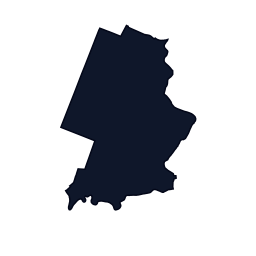 outline of Ograda, Ialomita, Romania, rotated 20°
{"feature_id": "2599482B18669147098615", "entity_name": "Ograda", "entity_type": "district", "adm_level": 2, "iso_a3": "ROU", "parent_name": "Romania", "parent_adm1": "Ialomita", "projection": "mercator", "projection_center": [27.562, 44.65], "detail": "fine", "context": "isolated", "style": "filled", "palette": "ink", "viewbox_px": 256, "rotation_deg": 20, "n_neighbors": 0, "source": "geoboundaries", "source_scale": "gbopen_adm2", "svg_char_len": 5019}
<svg xmlns="http://www.w3.org/2000/svg" viewBox="0 0 256 256"><g transform="rotate(20 128 128)"><path d="M165.2,184.5L168.8,182.4L170.1,181.6L170.9,181.0L171.3,180.5L171.7,179.7L172.2,178.6L172.7,177.7L173.1,177.2L173.6,176.8L174.2,176.6L174.9,176.4L176.0,176.3L177.5,176.4L179.4,176.4L181.2,176.6L182.1,176.6L182.7,176.5L183.2,176.3L183.5,175.9L184.1,175.2L184.8,174.5L185.4,173.9L186.0,173.2L186.6,172.5L187.0,172.1L187.4,171.9L187.9,171.7L188.6,171.3L189.3,171.0L190.0,170.5L191.3,169.8L190.7,168.8L190.2,168.1L188.7,163.4L188.7,162.7L188.8,162.2L188.8,161.9L188.8,161.4L188.5,160.3L190.4,158.7L189.3,156.5L188.5,156.8L187.5,157.2L187.3,157.1L186.2,155.5L185.9,155.4L182.6,154.7L180.0,154.2L176.3,152.8L175.8,152.2L175.1,151.4L174.5,150.3L174.0,149.5L173.7,147.2L174.5,146.0L176.1,144.3L176.4,141.9L176.9,140.4L177.7,138.5L178.0,137.2L178.3,136.5L178.9,134.4L179.4,132.4L180.0,130.9L180.2,130.0L180.3,129.3L180.5,128.8L180.8,128.4L181.0,127.7L180.9,127.3L181.0,126.2L181.3,125.3L181.4,122.7L181.6,121.8L182.0,121.1L182.4,120.7L182.8,120.3L184.1,119.9L185.5,118.2L186.2,114.3L186.5,112.5L186.6,111.0L186.6,110.0L186.7,107.6L186.9,105.8L187.0,104.2L187.1,103.5L187.3,102.8L187.9,101.1L188.2,101.0L188.3,100.7L188.3,100.4L188.2,100.1L188.5,99.3L188.8,98.5L188.8,97.6L188.6,96.8L188.6,96.6L188.3,95.9L187.1,94.5L186.1,94.0L184.7,93.4L182.9,92.9L181.0,92.8L178.5,92.8L175.2,93.1L173.5,93.1L167.4,93.0L164.4,92.6L164.0,92.4L161.0,90.7L159.5,88.8L158.2,87.9L157.2,87.1L153.3,84.8L150.9,84.0L150.2,83.6L150.0,82.5L149.8,79.9L149.5,77.8L149.4,76.7L150.0,75.0L149.9,73.0L149.5,71.5L149.1,70.2L148.9,69.1L148.9,68.4L149.8,66.7L150.7,65.3L151.3,63.7L151.7,62.3L150.9,60.2L150.6,59.4L150.4,58.9L150.1,58.6L149.5,58.6L147.6,57.3L144.9,55.9L140.9,54.3L139.6,53.5L139.0,52.7L138.4,51.1L138.3,49.7L138.6,48.2L139.4,46.9L139.5,45.7L139.4,44.0L139.4,43.7L139.2,42.6L138.6,41.9L138.1,41.7L135.7,40.5L134.6,39.7L134.0,38.6L133.8,38.0L133.7,37.3L134.1,35.7L134.5,33.9L135.0,32.7L135.1,32.0L135.1,31.3L135.1,31.2L134.8,31.4L134.6,31.5L134.4,31.7L134.3,31.8L133.8,32.3L133.7,32.3L133.3,32.5L133.2,32.6L132.7,32.7L132.5,32.8L132.4,32.9L132.1,33.1L131.8,33.3L131.4,33.6L131.0,33.6L130.5,33.8L129.6,34.2L128.7,34.5L128.2,34.7L126.7,34.8L125.9,34.8L125.2,34.8L123.6,34.5L122.8,34.2L122.1,35.4L121.6,35.2L119.3,34.4L118.7,34.1L118.3,34.0L117.8,33.9L117.4,33.8L116.8,33.8L116.3,33.7L115.7,33.8L114.8,33.9L114.3,34.0L113.9,34.1L113.7,34.1L113.6,34.5L112.5,34.4L112.5,34.6L102.2,33.9L98.8,33.7L93.6,33.3L93.5,33.2L93.4,33.0L93.4,32.4L91.5,32.2L89.8,44.4L81.2,44.1L76.7,44.0L74.7,44.0L74.4,44.0L70.7,43.9L68.0,43.9L67.4,43.9L67.4,44.1L67.4,44.5L67.3,45.1L67.2,45.7L67.1,49.3L67.1,49.7L67.0,53.3L67.0,53.5L66.9,55.9L66.9,57.0L66.9,57.5L66.9,57.8L66.9,58.1L66.9,58.3L66.8,62.3L66.3,83.2L66.0,92.4L65.6,113.9L65.4,121.3L65.0,137.5L64.7,150.0L64.7,150.3L88.3,150.9L101.3,151.3L101.5,170.9L101.5,174.9L101.6,181.5L101.2,181.7L96.6,183.1L95.1,183.5L95.3,188.4L95.5,190.6L95.3,190.9L95.3,191.9L95.5,194.8L95.6,197.7L95.6,197.9L93.4,201.9L93.1,202.3L94.0,202.8L93.0,204.9L92.4,205.9L91.9,207.0L91.6,207.7L91.3,207.7L91.2,207.9L90.9,208.2L91.8,209.0L93.3,210.1L94.4,210.8L95.4,211.4L96.1,212.0L96.4,212.8L96.9,213.5L97.5,214.4L97.8,215.2L98.1,215.8L98.5,217.1L98.6,218.1L98.9,220.2L99.2,222.7L99.4,223.0L99.6,223.6L99.8,224.0L100.1,224.3L100.6,224.8L101.2,224.8L101.6,224.6L101.9,224.2L102.2,223.5L102.5,222.5L102.6,221.6L102.8,219.9L103.0,219.0L103.7,217.2L104.2,216.1L104.5,215.2L105.0,214.0L105.8,212.5L106.2,212.0L106.8,211.4L107.7,210.9L108.5,210.8L109.2,211.0L109.7,211.5L110.2,212.0L111.0,212.5L111.7,212.7L112.3,212.5L112.7,212.1L113.0,211.6L113.0,210.9L112.9,210.2L112.6,209.7L112.1,209.2L111.5,208.7L111.1,208.2L111.0,207.4L111.1,206.8L111.5,206.4L112.3,206.5L113.0,206.7L113.6,206.4L114.1,205.8L114.4,205.4L114.9,204.6L115.6,204.1L116.2,203.9L116.6,203.8L117.0,204.0L117.4,204.6L117.7,205.0L118.0,205.6L118.2,206.2L118.3,207.0L118.3,207.7L118.2,208.5L118.6,209.5L118.8,210.1L119.1,210.4L120.0,211.0L121.0,211.4L121.7,211.5L122.2,211.5L123.0,211.4L123.6,211.3L123.8,211.2L124.2,210.9L124.5,210.5L124.7,210.0L124.9,209.3L124.7,208.5L124.7,208.2L124.7,207.9L125.0,207.6L125.3,207.2L125.7,206.8L126.1,206.5L126.8,206.2L127.4,205.9L128.1,205.6L129.7,205.3L130.9,205.1L131.8,205.0L132.5,204.8L134.2,204.4L136.2,204.4L139.2,205.2L140.4,205.9L141.5,207.0L142.2,208.0L143.0,208.9L143.7,209.2L144.3,209.2L144.9,208.8L145.0,208.8L145.5,208.4L146.3,207.8L147.0,207.0L147.6,206.0L147.8,205.1L147.9,204.3L147.8,203.5L147.4,202.8L146.9,202.2L146.3,201.6L145.9,200.9L146.0,200.3L146.2,199.9L146.6,199.4L146.9,199.1L147.5,198.5L147.9,198.0L148.4,197.4L148.8,197.0L148.9,196.7L149.0,196.3L149.1,195.7L149.1,195.1L149.1,194.5L149.0,193.8L149.1,193.3L149.3,192.6L149.6,192.1L150.0,191.7L150.5,191.4L151.1,191.2L151.7,191.0L152.2,190.9L152.7,190.6L153.3,190.3L153.8,190.1L154.8,189.7L155.5,189.4L156.5,189.0L157.2,188.8L158.7,188.3L159.6,187.8L160.3,187.5L161.0,187.1L163.8,185.3L164.6,184.7L165.2,184.5Z" fill="#0f172a" stroke="#020617" stroke-width="1.5"/></g></svg>